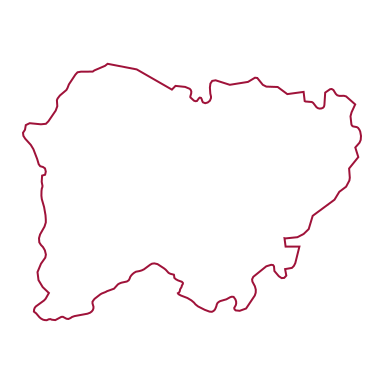 SVG path tracing the border of Salamanca
{"feature_id": "ESP-5841", "entity_name": "Salamanca", "entity_type": "Autonomous Community", "adm_level": 1, "iso_a3": "ESP", "parent_name": "Spain", "parent_adm1": "", "projection": "albers", "projection_center": [-6.114, 40.774], "detail": "fine", "context": "isolated", "style": "outline", "palette": "rose", "viewbox_px": 384, "rotation_deg": 0, "n_neighbors": 0, "source": "natural_earth", "source_scale": "10m", "svg_char_len": 3284}
<svg xmlns="http://www.w3.org/2000/svg" viewBox="0 0 384 384"><path d="M33.9,311.6L34.1,309.5L34.8,307.7L35.9,306.4L44.0,300.5L45.6,298.8L48.9,293.0L42.7,287.1L38.5,280.1L37.5,272.1L41.0,263.7L45.3,257.6L45.9,254.6L44.9,250.4L43.0,247.1L40.9,244.9L39.3,242.4L39.0,238.2L40.1,234.4L44.5,226.6L45.8,222.5L45.8,219.5L45.5,215.2L44.1,207.1L41.8,199.1L41.4,195.7L41.5,191.0L41.8,188.6L42.3,187.3L42.5,185.9L42.0,183.4L41.7,181.8L42.1,175.6L45.1,174.7L45.8,171.6L45.0,168.4L43.0,167.0L40.2,166.2L38.7,164.2L37.2,159.1L33.4,149.2L30.8,144.9L25.2,138.7L23.4,135.9L23.0,132.8L25.0,129.7L25.8,125.1L29.7,123.2L40.9,124.3L45.9,123.8L48.4,121.3L55.7,110.6L57.3,106.2L56.9,100.2L57.6,98.5L59.9,95.5L66.4,90.0L67.5,88.0L68.9,84.4L75.4,74.6L77.5,72.3L80.8,71.7L92.7,71.6L94.4,70.4L105.1,65.8L107.6,63.8L136.7,69.4L171.9,89.6L175.5,85.9L185.1,86.9L189.7,88.8L190.7,89.9L191.3,91.4L191.2,93.4L190.3,96.5L190.4,97.4L194.0,100.7L195.5,101.2L196.9,101.0L199.0,98.2L199.8,97.6L201.0,97.9L201.7,99.2L202.2,100.9L202.9,102.3L205.2,103.2L207.7,102.5L209.9,100.7L211.0,98.0L211.0,96.5L210.3,93.6L209.9,87.6L210.4,83.6L212.2,80.9L215.6,80.3L229.8,84.8L248.0,81.9L255.0,77.7L257.3,78.0L262.8,84.8L266.3,86.6L277.7,87.0L287.3,94.1L303.6,91.9L304.7,101.1L305.5,101.5L311.8,102.0L313.1,102.8L316.5,107.2L318.0,108.2L319.7,108.6L321.6,108.4L323.1,107.7L324.0,106.6L324.4,104.9L325.2,92.6L330.1,89.2L331.7,89.0L333.4,90.0L335.8,93.9L337.3,95.3L339.4,95.9L343.9,95.8L346.1,96.4L355.2,104.4L351.6,112.2L350.5,116.3L351.4,124.3L351.9,125.5L353.0,126.4L356.8,127.1L358.1,127.9L359.3,129.6L360.2,131.5L361.0,136.0L360.7,139.9L359.5,142.7L355.3,147.5L358.3,157.1L349.1,168.5L349.8,177.7L349.4,180.5L346.1,186.7L339.3,191.8L334.5,199.7L312.7,215.8L308.7,229.1L303.6,234.0L297.4,237.2L285.6,238.4L284.5,238.2L285.6,246.6L299.4,246.6L295.3,263.1L293.9,265.9L291.9,267.9L285.1,269.1L286.3,275.6L284.2,277.9L281.6,278.1L278.8,276.2L274.4,271.0L274.0,266.4L273.1,265.1L271.2,264.8L266.3,266.3L253.3,276.8L252.1,279.3L252.4,281.6L254.9,286.3L255.8,289.7L255.7,292.7L254.8,295.5L246.1,308.5L239.7,310.8L235.7,310.4L234.6,309.4L234.2,308.0L235.8,305.1L236.2,303.4L236.1,301.4L235.4,299.4L233.6,296.9L231.9,296.7L230.2,297.2L226.4,299.3L220.2,301.1L218.8,301.9L217.6,302.9L216.8,304.4L216.4,306.1L215.7,307.9L214.9,309.6L213.5,311.0L211.9,311.8L209.5,311.6L204.7,309.8L198.0,306.4L195.5,304.4L193.9,302.5L191.4,300.4L187.4,298.0L180.9,295.5L178.5,294.2L177.9,293.2L179.1,292.4L179.7,291.4L180.1,289.5L180.5,288.6L181.2,287.6L181.7,286.6L181.8,285.7L182.9,283.8L182.9,282.9L181.9,281.8L178.0,280.4L175.8,279.2L174.3,277.8L174.2,276.3L173.9,274.7L170.4,273.8L168.6,272.9L165.7,269.7L163.8,268.2L157.5,264.1L154.3,263.4L152.0,263.7L150.2,264.7L144.0,269.3L141.7,270.4L139.3,271.1L136.0,271.7L134.1,272.8L132.5,274.1L131.2,275.5L130.2,277.0L129.6,278.7L128.7,280.3L126.9,281.5L121.4,282.7L119.4,283.5L117.9,284.4L114.0,288.7L107.0,291.2L105.6,292.0L101.8,293.5L100.4,294.3L94.6,298.8L93.5,300.2L92.5,301.7L92.5,303.4L93.5,306.8L93.4,308.5L92.8,310.1L91.7,311.5L90.1,312.7L87.5,313.7L74.5,316.1L72.0,317.0L70.4,318.1L68.3,319.0L66.4,318.7L62.9,316.8L61.3,316.9L55.3,320.1L51.8,319.7L50.4,319.1L48.7,319.3L46.8,320.2L44.9,320.1L43.1,319.7L41.2,318.7L39.5,317.3L36.2,313.4L33.9,311.6Z" fill="none" stroke="#9f1239" stroke-width="2"/></svg>